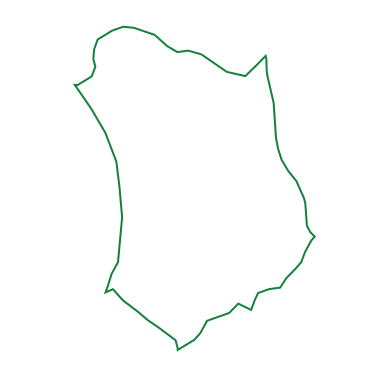 Tokchon City, P'yŏngan-namdo, North Korea, rotated 95°
{"feature_id": "82179303B91694454499505", "entity_name": "Tokchon City", "entity_type": "district", "adm_level": 2, "iso_a3": "PRK", "parent_name": "North Korea", "parent_adm1": "P'yŏngan-namdo", "projection": "mercator", "projection_center": [126.309, 39.767], "detail": "fine", "context": "isolated", "style": "outline", "palette": "green", "viewbox_px": 384, "rotation_deg": 95, "n_neighbors": 0, "source": "geoboundaries", "source_scale": "gbopen_adm2", "svg_char_len": 977}
<svg xmlns="http://www.w3.org/2000/svg" viewBox="0 0 384 384"><g transform="rotate(95 192 192)"><path d="M41.4,289.9L48.2,299.2L58.2,301.9L68.2,301.9L75.7,299.2L85.6,302.0L95.5,315.4L95.5,318.1L118.1,299.4L140.7,283.4L168.3,270.0L193.3,264.7L223.3,259.4L245.8,259.5L268.3,259.6L280.7,265.0L293.2,267.7L299.6,269.4L295.7,262.3L305.8,251.6L315.9,235.6L323.5,224.9L331.1,211.5L341.2,195.4L348.7,192.7L350.6,192.5L338.9,176.6L331.4,171.2L319.0,165.8L314.1,155.1L309.2,144.3L299.2,136.2L304.3,122.8L294.4,120.1L286.9,117.4L282.0,106.6L279.6,95.9L269.6,90.5L259.7,82.4L252.3,77.0L242.3,74.3L229.9,68.9L225.7,65.9L221.4,70.9L215.5,74.6L193.1,78.2L188.0,80.1L172.0,89.0L162.7,97.9L152.0,105.6L141.2,110.1L130.5,113.1L96.2,118.4L70.7,126.7L65.1,128.1L53.2,129.5L50.0,130.5L59.5,138.3L71.9,149.0L69.3,167.8L61.7,181.2L54.1,194.6L51.5,208.0L53.9,218.8L48.8,229.5L38.7,242.9L36.1,253.6L33.5,264.3L33.4,275.0L38.3,285.8L41.4,289.9Z" fill="none" stroke="#15803d" stroke-width="2"/></g></svg>